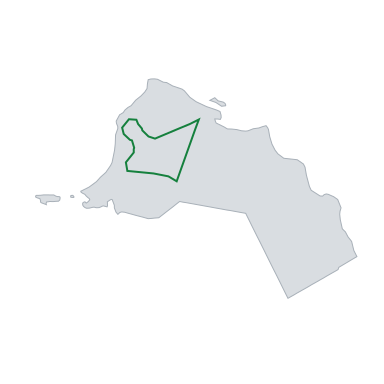 Ad Dakhliyah on a map of Oman (Mercator projection), rotated 263°
{"feature_id": "OMN-2404", "entity_name": "Ad Dakhliyah", "entity_type": "Region", "adm_level": 1, "iso_a3": "OMN", "parent_name": "Oman", "parent_adm1": "", "projection": "mercator", "projection_center": [57.794, 22.3], "detail": "fine", "context": "in_parent", "style": "outline", "palette": "green", "viewbox_px": 384, "rotation_deg": 263, "n_neighbors": 0, "source": "natural_earth", "source_scale": "10m", "svg_char_len": 3352}
<svg xmlns="http://www.w3.org/2000/svg" viewBox="0 0 384 384"><g transform="rotate(263 192 192)"><path d="M107.8,347.8L106.0,343.7L104.2,339.6L102.4,335.5L100.6,331.4L99.3,328.5L97.2,327.5L95.9,324.5L94.6,321.3L93.3,318.2L92.0,315.1L90.6,312.0L89.3,308.8L88.0,305.7L86.7,302.6L85.4,299.4L84.0,296.3L82.7,293.2L81.4,290.0L80.1,286.9L78.8,283.7L77.4,280.6L76.1,277.4L74.8,274.3L79.0,272.8L84.1,271.0L89.3,269.2L94.4,267.4L99.5,265.6L104.7,263.7L109.8,261.9L114.9,260.1L120.0,258.3L125.2,256.5L130.3,254.7L135.4,252.9L140.6,251.0L145.7,249.2L150.8,247.4L156.0,245.6L161.1,243.8L164.3,242.7L165.6,238.4L166.7,234.9L167.8,231.4L168.9,227.9L169.9,224.3L171.0,220.8L172.1,217.3L173.2,213.7L174.3,210.2L175.4,206.7L176.5,203.1L177.6,199.6L178.7,196.0L179.8,192.5L180.9,188.9L182.0,185.4L183.0,181.8L184.1,178.6L182.2,175.4L179.6,171.2L177.0,166.8L174.5,162.6L172.7,159.6L170.5,155.9L170.7,151.2L170.7,148.8L170.9,145.2L173.0,140.2L175.5,133.8L177.3,129.5L178.8,125.8L180.1,122.8L180.8,119.7L180.4,117.6L179.6,116.8L178.9,115.7L181.3,114.1L185.7,113.0L188.2,113.3L191.6,112.5L194.3,111.8L194.5,110.8L193.8,109.2L192.6,106.8L188.8,106.5L187.6,105.9L189.0,102.4L188.9,101.3L188.4,100.0L187.8,97.8L188.1,94.9L188.9,93.0L188.9,91.4L188.5,88.2L188.7,85.4L189.5,84.0L190.9,82.6L192.2,82.0L193.7,82.0L194.8,82.6L195.3,84.1L194.9,85.1L194.2,85.3L193.9,85.7L195.0,87.7L196.7,89.6L197.9,89.3L199.4,87.8L200.9,86.5L202.7,85.4L204.1,83.3L205.3,81.9L206.3,81.7L209.4,90.4L213.9,98.4L217.8,102.9L222.0,108.9L228.3,114.5L231.1,116.3L242.8,120.2L249.2,121.7L258.0,123.1L264.1,126.1L266.1,126.3L269.3,125.4L271.6,125.4L277.5,129.6L279.2,133.4L281.6,135.5L283.7,138.7L285.1,142.1L290.0,147.3L293.5,153.0L297.0,157.3L300.2,160.0L305.0,161.0L308.8,162.2L309.2,165.1L308.8,168.8L308.1,171.5L304.5,176.9L303.7,180.2L299.7,185.6L295.3,194.7L293.3,196.8L286.3,201.4L281.1,207.1L275.0,216.8L270.3,226.5L268.5,229.6L264.8,230.2L262.3,230.0L260.6,229.0L261.3,226.4L261.7,223.5L259.5,223.8L257.5,224.4L252.8,231.6L250.3,234.8L249.7,238.8L248.5,244.0L246.7,248.7L245.9,252.7L245.9,255.0L247.3,260.5L247.4,266.2L248.2,269.6L248.8,273.6L246.6,274.9L244.7,275.5L237.3,275.9L229.8,277.2L223.3,279.6L219.4,281.9L214.3,287.2L211.2,300.4L206.2,306.0L202.8,307.2L194.7,307.6L183.2,309.2L179.2,310.5L172.5,318.6L172.0,321.1L173.3,322.9L173.7,325.0L173.1,326.9L170.1,332.0L166.8,335.7L158.1,338.0L154.9,336.6L152.0,335.9L146.4,335.8L137.1,336.7L133.7,339.4L128.4,341.4L123.5,344.4L114.2,345.5L107.8,347.8ZM203.6,59.6L203.1,60.3L202.2,60.4L200.2,59.8L199.1,58.3L199.3,56.4L199.4,53.0L199.9,49.8L199.8,46.4L198.2,45.7L197.2,45.9L199.7,41.1L200.6,40.4L201.6,40.7L203.9,40.2L205.1,37.6L206.1,36.2L207.1,36.3L207.6,37.1L207.2,41.1L207.2,44.4L205.9,54.5L204.6,56.2L203.9,57.6L203.6,59.6ZM275.9,235.6L274.1,236.1L273.5,235.8L273.5,231.8L277.9,226.7L280.8,220.9L282.8,226.1L279.3,229.0L277.4,234.0L275.9,235.6ZM203.2,73.3L201.9,74.2L201.0,74.0L201.2,72.3L201.7,71.0L203.0,71.1L203.3,71.9L203.2,73.3Z" fill="#d9dde1" stroke="#a8b0b8" stroke-width="1"/><path d="M256.9,187.9L259.7,198.0L263.1,207.6L253.6,202.7L204.5,178.1L210.4,170.5L215.1,156.1L220.8,130.4L229.5,130.0L238.3,139.0L241.7,139.4L242.9,140.0L250.5,138.7L251.4,136.7L257.9,131.3L264.4,130.5L271.9,138.3L270.5,145.6L266.0,146.8L261.1,150.0L259.2,150.2L252.4,155.6L249.5,161.8L256.9,187.9Z" fill="none" stroke="#15803d" stroke-width="2"/></g></svg>